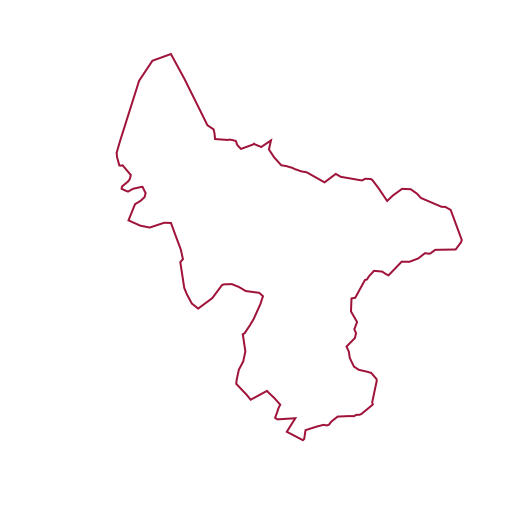 Jaba, Kaduna, Nigeria (Mercator projection), rotated 115°
{"feature_id": "59680162B63355484795141", "entity_name": "Jaba", "entity_type": "district", "adm_level": 2, "iso_a3": "NGA", "parent_name": "Nigeria", "parent_adm1": "Kaduna", "projection": "mercator", "projection_center": [8.036, 9.475], "detail": "fine", "context": "isolated", "style": "outline", "palette": "rose", "viewbox_px": 512, "rotation_deg": 115, "n_neighbors": 0, "source": "geoboundaries", "source_scale": "gbopen_adm2", "svg_char_len": 2475}
<svg xmlns="http://www.w3.org/2000/svg" viewBox="0 0 512 512"><g transform="rotate(115 256 256)"><path d="M394.6,170.3L395.0,167.5L386.4,151.8L402.3,153.8L403.1,135.7L401.5,135.0L392.9,137.5L385.4,129.4L380.5,123.5L379.7,120.4L378.1,118.6L374.3,117.8L367.0,114.1L361.7,103.9L359.7,99.4L357.6,98.0L356.1,95.0L354.5,93.6L352.5,92.7L347.5,90.3L341.3,87.4L339.3,88.9L318.2,93.8L316.7,94.6L316.6,94.8L313.7,101.2L313.2,102.4L313.2,102.6L313.6,103.7L313.7,105.3L315.7,114.8L314.9,119.8L315.0,120.1L314.9,120.4L308.8,127.9L303.5,131.4L299.8,135.7L288.6,131.7L283.7,132.7L280.9,135.9L273.1,136.5L266.1,146.5L254.1,151.5L251.9,148.4L231.7,147.1L231.0,146.3L230.3,145.5L227.0,145.1L226.3,144.9L219.6,142.8L216.8,135.1L217.5,130.5L217.5,127.7L199.6,121.6L196.4,114.5L189.6,107.9L182.1,104.1L180.8,100.1L179.9,99.0L174.7,96.2L165.7,77.8L156.9,76.0L155.8,76.2L155.3,76.2L154.6,76.2L132.0,99.0L131.5,105.1L133.0,108.7L133.7,131.1L131.5,136.3L130.1,144.0L133.4,152.0L143.5,157.6L150.7,160.4L143.0,173.2L138.8,181.0L137.8,183.1L137.8,184.7L139.8,189.6L140.2,190.0L142.6,191.7L143.1,193.1L148.4,212.6L147.9,218.4L160.3,225.0L158.7,245.5L159.9,249.7L160.2,251.2L160.5,254.5L160.8,257.3L160.8,261.2L161.0,261.7L161.5,265.0L161.6,266.1L163.1,271.5L158.9,281.3L154.0,289.3L144.9,291.3L155.0,297.3L155.3,304.7L155.1,305.3L156.1,305.7L165.3,314.9L163.6,319.3L162.7,320.6L161.3,321.8L160.3,322.9L160.3,323.1L161.0,326.9L161.7,329.2L162.7,330.5L167.3,342.5L162.6,345.3L159.2,347.9L158.0,355.3L125.5,396.0L108.9,418.5L122.8,432.4L146.5,436.0L209.3,427.8L219.0,426.3L220.7,426.0L221.5,425.9L225.5,423.4L231.7,418.1L231.2,416.6L231.0,416.3L230.2,415.2L235.5,403.7L238.8,403.0L239.8,403.0L240.5,403.0L242.1,403.4L242.7,403.5L249.3,406.7L250.4,406.6L251.9,406.2L251.9,401.5L251.7,399.2L247.4,396.1L247.1,395.9L241.9,389.2L241.3,388.1L245.7,382.6L249.7,381.9L254.7,383.9L255.7,384.5L260.1,387.5L263.3,387.4L277.6,386.6L277.4,373.6L275.1,364.3L266.7,355.4L265.1,353.7L264.4,352.7L262.0,347.0L271.4,337.6L281.9,326.9L289.7,320.9L293.6,322.0L315.3,307.5L319.9,302.5L326.2,294.1L328.1,286.2L312.6,277.8L299.0,275.0L296.6,274.5L295.1,272.8L291.7,266.0L291.3,258.3L292.1,250.5L288.0,237.5L289.5,232.7L297.7,231.7L314.0,231.5L321.2,232.2L330.8,233.7L332.5,234.9L347.0,225.3L355.8,223.3L356.5,223.0L366.3,223.5L376.3,221.2L380.2,219.9L385.8,205.7L388.5,200.1L373.6,189.0L374.5,186.9L377.0,179.3L380.5,171.2L384.6,171.3L385.6,171.2L388.5,170.8L394.6,170.3Z" fill="none" stroke="#9f1239" stroke-width="2"/></g></svg>